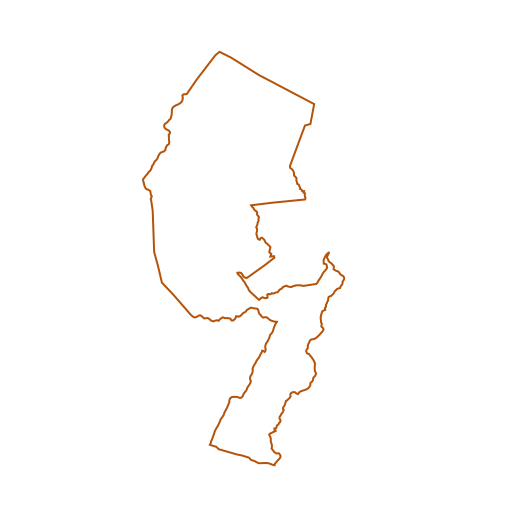 outline of Morada Nova, Ceará, Brazil, rotated 164°
{"feature_id": "56859067B80919104453248", "entity_name": "Morada Nova", "entity_type": "district", "adm_level": 2, "iso_a3": "BRA", "parent_name": "Brazil", "parent_adm1": "Ceará", "projection": "robinson", "projection_center": [-38.436, -4.973], "detail": "fine", "context": "isolated", "style": "outline", "palette": "amber", "viewbox_px": 512, "rotation_deg": 164, "n_neighbors": 0, "source": "geoboundaries", "source_scale": "gbopen_adm2", "svg_char_len": 6102}
<svg xmlns="http://www.w3.org/2000/svg" viewBox="0 0 512 512"><g transform="rotate(164 256 256)"><path d="M282.8,428.0L283.8,426.0L285.1,424.6L286.9,423.8L288.4,423.3L291.6,422.9L294.4,422.1L295.7,421.0L296.6,419.5L297.9,415.7L298.5,414.3L300.2,411.6L302.0,410.7L303.1,409.8L304.4,409.1L305.7,408.5L307.1,408.2L308.1,407.2L308.6,405.8L308.5,404.4L307.4,402.5L306.1,401.5L304.8,399.9L304.6,398.2L305.4,397.3L306.4,396.8L307.3,392.9L307.7,391.5L307.8,390.2L308.1,388.9L309.0,387.5L311.0,386.9L312.1,385.7L313.0,385.0L313.6,383.1L315.7,381.9L319.0,381.7L320.3,381.0L322.5,378.9L323.5,377.3L325.2,375.8L326.5,375.3L328.3,373.8L329.5,372.2L330.7,371.5L331.5,370.5L332.2,369.2L333.2,368.2L334.0,367.2L335.3,366.7L336.6,365.9L337.6,364.8L339.3,363.9L343.6,360.7L343.9,354.1L343.5,351.7L342.8,350.4L341.8,349.8L340.7,348.9L339.7,347.4L340.2,343.8L339.7,342.2L340.5,341.0L341.5,339.9L341.5,338.0L342.8,328.1L352.8,287.9L353.0,272.4L353.8,256.4L346.0,241.3L334.7,217.1L333.5,215.4L332.4,214.1L331.2,213.7L329.1,214.0L326.8,214.6L325.7,214.2L324.4,212.5L323.1,210.3L319.5,209.7L318.2,208.3L317.4,206.9L316.2,205.6L315.0,204.9L313.0,205.1L311.3,205.0L309.8,204.0L308.5,204.9L306.9,205.6L304.7,206.2L303.2,204.9L300.9,204.3L297.9,202.9L297.3,200.8L296.0,200.3L293.6,201.2L292.4,202.5L291.6,203.6L289.4,202.4L287.8,202.7L286.4,203.2L285.3,204.0L283.7,204.8L281.9,205.1L280.7,205.7L279.6,206.7L278.4,206.9L276.1,207.6L274.7,207.6L273.5,206.8L269.3,204.9L268.7,203.6L268.9,201.1L268.7,199.4L267.7,197.7L267.3,196.4L266.1,194.8L264.5,194.7L262.6,194.2L261.5,192.6L260.7,191.2L259.4,189.9L257.7,188.7L256.1,187.7L254.1,187.0L256.9,184.3L258.7,181.9L260.2,179.5L261.5,177.9L264.3,176.1L265.5,174.0L267.1,172.2L268.1,171.0L270.4,169.2L271.5,167.6L272.3,165.7L272.5,163.7L273.0,162.3L274.1,161.4L275.0,162.5L276.1,163.3L277.1,161.8L278.3,160.7L281.6,157.1L283.1,156.2L284.6,154.9L285.8,153.4L288.3,151.2L290.3,148.9L290.6,147.1L291.2,145.6L291.9,144.4L293.1,143.1L294.2,142.3L295.2,140.8L295.7,138.8L295.4,137.1L296.3,135.6L298.5,133.5L299.9,132.5L301.1,131.2L302.2,129.6L304.2,128.2L305.7,127.0L307.3,125.1L308.5,124.2L309.6,123.8L311.0,124.2L312.3,125.3L313.6,126.0L316.1,126.7L317.9,127.1L320.2,126.3L321.4,124.5L322.0,122.7L323.1,121.4L325.6,118.2L328.8,114.9L330.1,113.4L330.8,112.2L332.1,111.0L334.9,108.8L336.7,106.4L339.4,103.3L341.3,101.6L343.8,99.1L345.3,96.7L349.0,91.6L350.3,90.1L351.1,88.6L352.4,87.3L350.9,86.2L346.9,83.6L346.2,82.6L345.2,80.6L343.9,79.8L328.7,70.3L324.4,68.1L318.2,64.0L317.5,62.4L316.8,61.2L314.2,59.5L311.4,56.8L310.4,56.1L308.8,55.6L303.6,54.3L302.4,53.9L301.1,53.3L300.0,52.6L297.7,50.8L295.8,49.7L295.1,51.1L291.3,53.6L290.0,54.3L288.3,55.5L287.5,56.9L287.7,58.2L288.3,59.9L289.8,60.3L291.2,60.9L292.4,62.5L294.1,66.6L293.1,68.6L292.8,70.4L292.9,72.0L292.9,73.8L292.4,75.2L292.0,77.4L292.4,79.2L292.5,80.8L291.1,81.5L289.8,81.6L288.3,82.0L286.9,82.1L285.4,82.5L286.2,83.6L285.9,85.1L284.2,84.8L283.4,85.9L282.6,87.3L280.9,87.9L279.9,89.1L278.6,89.7L277.7,91.2L278.2,93.4L277.6,94.9L276.1,96.1L275.0,97.4L273.7,98.1L271.8,100.3L272.3,101.6L271.5,103.1L270.3,104.0L269.0,105.4L267.1,108.5L266.0,108.6L262.9,110.3L261.5,111.4L261.3,112.8L260.8,114.1L259.1,114.9L257.2,114.8L256.0,114.2L255.1,112.8L253.8,111.7L251.8,113.2L249.1,113.7L244.8,113.8L242.1,114.5L240.3,115.8L239.3,116.9L239.0,118.2L238.4,119.2L237.1,119.5L235.4,121.1L234.4,123.2L231.9,124.7L230.6,126.6L231.1,129.3L230.6,131.7L229.6,134.8L229.0,136.1L229.0,137.9L229.3,139.6L229.8,141.2L230.8,144.1L231.6,145.7L231.9,146.9L233.9,148.6L234.0,150.7L233.0,152.2L231.7,153.1L230.8,155.8L229.7,157.3L228.8,158.1L228.0,159.3L226.8,160.3L225.3,160.5L223.6,160.2L221.4,160.5L219.2,161.4L217.3,162.4L215.7,163.4L214.7,164.1L213.6,164.6L212.4,165.6L211.2,167.0L211.7,168.9L212.6,170.1L212.2,171.3L211.4,172.5L211.7,174.3L210.9,178.7L210.1,180.7L208.4,183.3L207.3,184.7L204.2,185.2L204.1,187.1L202.7,188.0L202.3,189.7L200.9,191.1L200.1,192.3L199.1,193.2L198.5,194.8L197.4,196.6L196.1,196.9L194.8,196.9L191.9,198.5L189.8,200.6L188.2,201.3L186.9,202.1L184.1,202.0L183.4,203.0L182.5,203.9L181.3,204.7L180.3,206.0L179.7,207.7L178.0,209.0L177.2,210.8L177.6,212.5L179.7,214.7L180.4,216.4L181.1,218.4L182.6,219.2L185.1,221.8L183.9,224.8L185.5,228.0L187.0,230.0L187.7,231.6L187.7,233.0L188.2,234.5L187.9,235.8L185.8,238.0L184.5,239.6L187.6,238.2L189.6,236.5L192.1,233.5L193.0,230.0L191.6,229.3L190.6,228.4L190.8,225.2L192.2,223.8L195.3,221.9L196.7,220.8L197.5,219.7L200.4,217.0L202.0,215.7L204.6,213.2L205.7,212.5L218.9,214.2L220.5,215.2L222.1,215.8L224.1,216.3L225.6,216.8L227.4,216.7L228.9,216.8L230.6,216.4L232.2,217.1L233.7,217.9L235.0,219.1L236.9,219.0L238.9,218.6L240.4,217.5L241.8,217.3L242.9,216.9L244.0,216.1L244.9,215.3L247.8,215.4L249.7,215.1L251.1,215.9L252.3,215.3L253.5,215.4L254.7,216.1L255.9,215.7L256.0,214.3L256.5,212.7L258.3,212.8L259.5,213.2L260.9,214.5L262.9,214.2L264.1,213.4L265.2,213.0L271.6,223.5L272.3,225.2L272.4,227.3L273.7,231.4L274.0,233.2L274.5,234.7L275.2,236.2L275.7,238.2L276.3,239.7L277.2,241.6L278.5,243.7L278.5,245.0L276.3,244.6L274.9,243.7L274.2,242.1L274.0,240.8L273.5,239.3L272.3,238.2L271.2,237.4L268.3,238.3L250.5,244.6L238.8,249.3L238.8,250.9L242.4,251.5L240.7,253.8L242.2,256.0L239.7,260.6L240.3,261.9L242.1,265.0L243.1,266.3L243.4,268.7L244.0,270.1L245.3,272.0L246.7,271.9L247.9,270.6L249.3,271.6L249.6,273.4L249.5,275.1L249.6,276.9L248.8,278.6L248.0,280.0L247.5,281.9L247.9,283.5L246.9,284.8L245.9,286.0L244.9,288.1L243.6,289.5L243.3,291.5L242.4,292.5L242.8,293.8L243.4,294.8L243.5,296.3L242.8,297.3L243.2,298.8L244.2,299.7L245.0,301.3L245.3,303.0L246.3,304.6L246.7,306.1L226.1,302.8L193.2,296.8L192.4,298.1L192.6,299.4L192.3,301.3L191.7,302.8L192.8,303.7L191.9,305.1L193.7,305.6L193.9,307.3L195.1,308.1L194.8,309.9L195.2,311.6L195.3,312.9L196.5,314.0L196.3,315.5L196.4,317.6L195.6,319.6L196.4,321.5L197.2,322.7L196.5,326.1L197.1,328.8L198.9,331.4L198.5,333.2L173.0,367.9L167.3,367.9L158.2,386.0L203.5,429.3L225.3,453.6L234.8,462.3L239.7,460.2L263.9,442.3L275.4,432.9L276.3,432.0L277.7,430.9L278.8,430.8L280.7,431.4L282.5,430.7L282.8,428.0Z" fill="none" stroke="#b45309" stroke-width="2"/></g></svg>